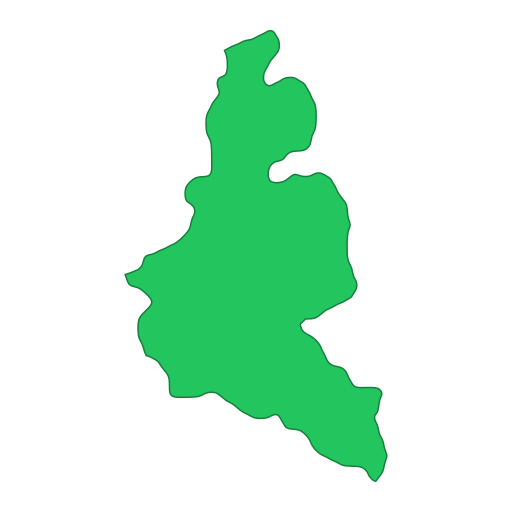 outline of Los Almácigos, Santiago Rodríguez, Dominican Republic
{"feature_id": "3306468B75896846080251", "entity_name": "Los Almácigos", "entity_type": "district", "adm_level": 2, "iso_a3": "DOM", "parent_name": "Dominican Republic", "parent_adm1": "Santiago Rodríguez", "projection": "mercator", "projection_center": [-71.426, 19.324], "detail": "fine", "context": "isolated", "style": "filled", "palette": "green", "viewbox_px": 512, "rotation_deg": 0, "n_neighbors": 0, "source": "geoboundaries", "source_scale": "gbopen_adm2", "svg_char_len": 5089}
<svg xmlns="http://www.w3.org/2000/svg" viewBox="0 0 512 512"><path d="M125.2,274.6L127.8,281.9L128.8,283.8L129.5,284.6L131.3,285.8L137.8,287.7L140.0,288.8L142.0,290.2L145.0,292.7L148.6,296.2L150.8,299.0L151.6,301.1L151.8,302.3L151.6,303.4L150.6,305.4L148.4,308.1L142.3,314.2L140.0,317.2L138.9,319.6L138.2,323.3L138.0,327.2L138.1,331.0L138.4,334.9L138.9,337.3L139.8,339.6L142.4,344.7L144.6,351.7L146.3,355.7L148.5,356.2L150.5,357.0L156.1,360.1L157.8,361.4L158.6,362.2L161.6,366.8L166.8,373.3L168.4,376.4L169.1,379.0L169.4,383.0L169.5,389.6L169.8,392.0L170.5,394.3L171.3,395.2L172.2,396.0L174.4,396.9L178.0,397.3L185.9,397.3L194.1,397.0L198.0,396.5L200.5,395.8L205.5,393.3L207.8,392.6L211.4,392.2L213.9,392.4L216.3,393.0L218.5,394.3L226.5,400.7L231.9,403.6L234.0,405.0L240.0,410.0L242.1,411.5L244.2,412.7L247.5,414.3L251.5,416.5L253.6,417.5L256.1,418.1L258.6,418.4L263.7,418.3L266.1,417.9L268.4,417.2L272.2,415.4L274.1,414.7L276.1,414.6L277.2,414.8L278.1,415.3L279.5,416.8L284.7,425.7L286.1,427.3L287.0,427.9L289.1,428.7L296.1,429.5L298.5,430.0L300.8,430.9L304.0,433.2L306.8,436.0L308.4,438.0L309.7,440.2L311.7,444.6L313.8,447.8L315.5,449.8L317.4,451.6L320.4,454.1L322.6,455.3L326.9,457.3L331.9,460.1L336.3,462.0L340.4,464.2L342.5,465.1L343.8,465.5L346.4,465.9L355.9,466.3L358.5,466.5L361.1,467.1L362.4,467.6L364.3,468.8L366.0,470.4L367.3,472.2L369.3,476.2L371.3,478.7L373.0,480.1L373.8,480.6L375.8,481.3L381.0,474.3L382.8,471.2L383.5,468.9L384.8,463.0L386.5,458.0L386.8,456.0L386.5,454.0L384.7,449.1L383.1,441.9L382.3,439.7L379.7,434.5L379.0,432.1L377.6,426.1L376.8,424.0L375.0,420.1L374.6,418.1L374.7,416.1L375.0,415.2L377.1,412.4L377.5,411.5L378.1,409.5L379.7,400.1L381.5,395.3L381.7,394.4L381.8,393.3L381.5,392.3L381.1,391.3L380.5,390.5L378.9,389.0L377.9,388.5L375.5,387.8L371.6,387.5L359.6,387.6L357.1,387.3L356.0,387.0L354.9,386.6L353.9,385.9L352.5,384.3L349.2,378.7L346.3,372.4L345.7,371.4L344.2,369.7L342.4,368.3L340.3,367.3L334.5,366.0L332.3,365.2L330.3,364.0L328.6,362.5L327.3,360.6L326.7,359.6L324.8,355.3L322.1,350.2L320.2,345.8L318.8,343.6L316.3,340.6L313.4,338.0L310.2,335.8L306.0,333.7L303.4,331.6L302.0,329.8L301.5,328.8L300.7,326.5L300.2,324.2L305.5,319.0L311.8,318.7L314.2,318.2L316.6,317.3L318.7,315.9L324.7,311.1L326.8,309.7L331.2,307.7L337.3,304.4L342.7,302.1L349.5,298.3L351.2,297.0L351.9,296.2L355.3,290.7L356.2,288.7L356.8,286.4L356.8,284.0L356.6,282.8L355.8,280.7L353.8,276.7L353.1,274.5L351.7,268.5L350.8,266.3L348.4,261.1L347.5,257.3L347.2,253.2L347.1,249.1L347.1,242.3L347.4,236.9L348.1,231.7L349.8,226.7L350.1,224.7L349.8,222.8L348.2,217.8L347.8,215.4L347.2,209.1L346.5,205.4L346.1,204.2L344.8,201.9L338.6,193.7L337.4,191.5L335.5,187.2L331.0,179.5L330.3,178.6L328.6,177.3L323.9,174.5L321.9,173.6L319.7,173.0L317.3,173.0L315.1,173.6L310.2,175.9L309.0,176.2L306.6,176.5L304.2,176.5L301.9,176.2L296.1,174.5L295.1,174.4L294.1,174.6L293.0,175.0L291.1,176.2L287.3,179.2L285.3,180.6L283.0,181.7L279.4,182.5L275.7,182.7L273.4,182.4L272.3,182.1L271.2,181.6L270.3,180.8L269.5,179.9L269.0,178.8L268.4,176.5L268.3,174.1L268.4,171.7L268.8,169.3L269.7,166.9L270.3,165.9L271.0,165.0L272.7,163.4L274.6,162.2L275.7,161.7L281.1,160.3L282.8,159.3L283.6,158.7L286.8,154.7L288.5,153.3L290.4,152.2L291.6,151.8L293.9,151.3L301.3,150.7L303.7,150.2L305.8,149.3L306.8,148.6L308.4,147.0L309.7,145.1L310.2,144.0L312.1,135.8L314.9,129.6L315.7,125.7L316.0,121.6L316.2,116.1L316.0,110.7L315.5,106.6L314.9,104.1L313.9,101.9L311.8,97.9L309.4,92.4L304.9,84.7L303.4,83.1L295.8,78.5L293.5,77.7L291.1,77.4L287.3,77.6L284.9,78.2L282.8,79.2L278.9,81.6L274.7,83.5L272.1,85.0L270.2,85.6L269.2,85.7L268.1,85.5L267.1,85.1L265.4,83.7L264.2,81.8L263.6,79.5L263.5,77.0L264.0,73.4L264.9,71.1L267.7,66.1L269.3,62.9L270.6,60.7L276.3,53.8L277.8,51.7L278.4,50.5L279.1,48.1L279.3,44.3L279.0,41.8L278.7,40.6L277.8,38.4L274.5,33.0L273.9,32.2L273.0,31.5L272.0,31.0L271.0,30.7L269.9,30.7L267.8,31.2L263.2,33.8L258.8,35.8L253.8,38.5L251.6,39.4L245.6,40.6L243.3,41.3L237.1,44.4L231.6,46.6L224.5,50.4L226.3,55.0L227.1,59.2L227.3,62.1L227.4,66.4L227.2,69.2L226.7,71.8L225.8,74.1L225.1,75.0L223.3,76.2L220.4,77.4L219.5,77.9L218.7,78.7L218.1,79.6L217.4,81.9L217.3,84.3L217.8,86.8L219.2,91.3L219.3,92.3L219.2,93.4L218.8,94.5L217.6,96.5L213.9,101.4L212.5,103.4L210.4,107.8L207.7,112.8L206.8,115.2L206.3,117.8L206.1,120.6L206.0,124.7L206.3,128.8L206.6,131.5L207.3,134.1L210.2,140.3L210.9,142.8L211.3,145.4L211.6,150.7L211.8,165.7L211.7,169.5L211.3,171.9L210.4,174.0L209.7,174.9L208.8,175.6L207.8,176.0L205.7,176.5L199.9,176.9L197.5,177.3L195.1,178.1L192.9,179.5L189.9,182.0L187.4,185.0L186.1,187.3L185.4,189.7L185.1,192.3L185.1,194.7L185.3,197.1L185.9,199.4L187.0,201.3L187.8,202.0L191.1,204.2L193.3,206.5L194.3,208.4L194.8,210.7L194.8,211.9L194.3,214.1L192.5,218.0L191.7,220.2L190.3,226.1L189.5,228.5L188.9,229.7L187.4,231.9L184.8,235.0L180.9,238.9L176.7,242.3L174.5,243.7L170.1,245.7L165.1,248.4L159.5,250.7L154.5,253.3L152.3,254.1L148.0,255.2L146.1,256.1L145.3,256.8L144.2,258.5L142.3,264.8L141.2,266.7L139.6,268.3L137.8,269.7L136.7,270.2L130.4,272.8L125.2,274.6Z" fill="#22c55e" stroke="#15803d" stroke-width="1.5"/></svg>